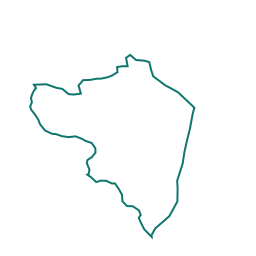 Varberg, Halland, Sweden (Robinson projection), rotated 227°
{"feature_id": "70781695B45101098387914", "entity_name": "Varberg", "entity_type": "district", "adm_level": 2, "iso_a3": "SWE", "parent_name": "Sweden", "parent_adm1": "Halland", "projection": "robinson", "projection_center": [12.471, 57.185], "detail": "fine", "context": "isolated", "style": "outline", "palette": "teal", "viewbox_px": 256, "rotation_deg": 227, "n_neighbors": 0, "source": "geoboundaries", "source_scale": "gbopen_adm2", "svg_char_len": 1122}
<svg xmlns="http://www.w3.org/2000/svg" viewBox="0 0 256 256"><g transform="rotate(227 128 128)"><path d="M32.2,71.0L33.6,72.2L36.0,79.6L35.3,98.0L40.6,114.0L50.0,123.1L55.9,128.0L64.7,143.7L72.4,153.5L78.9,163.0L85.3,172.9L94.2,184.9L97.6,190.4L104.8,189.9L119.8,189.0L129.6,185.8L133.5,184.4L148.6,181.7L154.5,184.4L161.7,188.5L166.2,185.8L172.1,180.3L180.0,179.4L180.6,174.4L173.4,169.8L177.3,165.7L180.0,161.6L176.0,158.4L177.3,152.0L179.0,147.7L182.4,142.1L185.7,138.3L189.0,133.1L193.6,127.8L192.8,120.8L185.3,117.0L189.4,111.2L193.2,107.7L201.5,106.6L206.1,103.1L215.7,98.1L223.8,88.7L219.9,88.0L219.5,84.8L218.2,81.3L216.1,77.5L212.3,75.2L210.7,71.4L207.7,69.7L201.1,69.1L195.6,68.2L190.6,66.2L182.7,65.6L175.6,68.5L172.7,71.1L166.8,74.3L161.8,78.4L157.7,83.9L151.8,86.8L147.2,88.3L141.8,91.2L135.5,90.3L132.2,87.4L131.4,81.9L132.2,76.6L130.5,74.0L123.8,71.4L121.3,67.9L121.6,66.4L117.2,67.4L110.1,67.9L108.0,72.3L104.2,76.1L98.4,78.4L96.3,80.7L90.4,79.8L83.3,78.1L78.3,74.0L71.7,74.0L67.5,78.1L60.4,79.8L55.8,78.1L55.0,74.6L49.1,72.6L42.9,70.8L32.2,71.0Z" fill="none" stroke="#0f766e" stroke-width="2"/></g></svg>